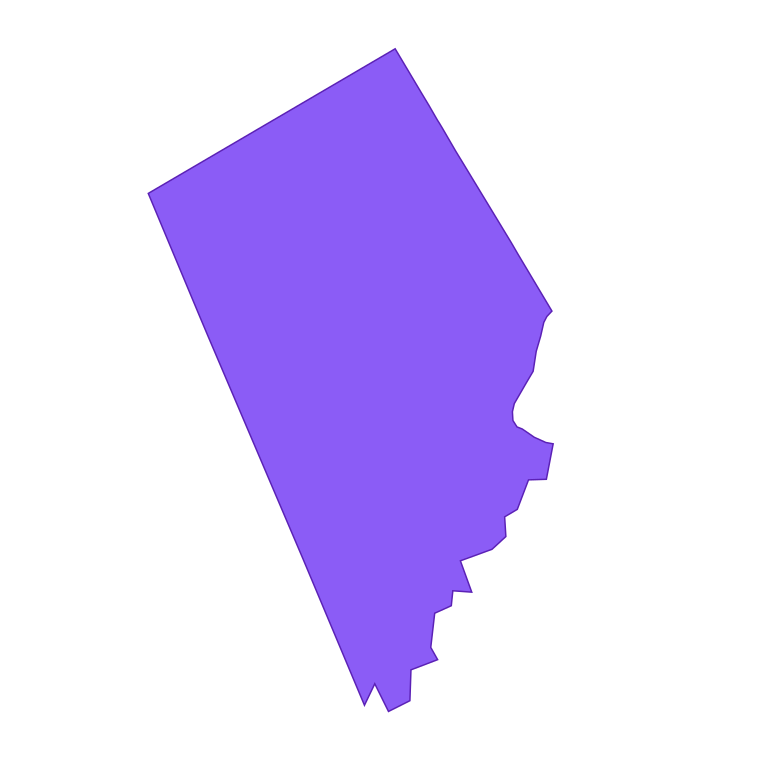 outline of Dearborn, Indiana, United States of America, rotated 329°
{"feature_id": "52423323B83355931672108", "entity_name": "Dearborn", "entity_type": "district", "adm_level": 2, "iso_a3": "USA", "parent_name": "United States of America", "parent_adm1": "Indiana", "projection": "equal_earth", "projection_center": [-84.939, 39.121], "detail": "fine", "context": "isolated", "style": "filled", "palette": "violet", "viewbox_px": 768, "rotation_deg": 329, "n_neighbors": 0, "source": "geoboundaries", "source_scale": "gbopen_adm2", "svg_char_len": 746}
<svg xmlns="http://www.w3.org/2000/svg" viewBox="0 0 768 768"><g transform="rotate(329 384 384)"><path d="M201.8,649.3L221.7,636.2L219.2,667.0L243.1,668.8L259.9,642.9L288.0,647.9L288.4,633.9L309.4,606.6L327.5,608.7L336.5,596.7L352.0,607.6L358.4,574.9L391.5,581.3L409.9,577.5L419.0,560.0L433.7,560.1L458.5,540.6L474.1,549.3L498.2,522.4L492.6,517.5L485.4,507.1L479.3,493.7L475.9,489.3L475.7,481.7L479.8,473.9L485.6,467.9L506.4,456.4L518.4,449.9L531.3,434.4L543.0,423.6L552.7,413.5L558.4,410.0L565.5,408.0L565.7,341.2L565.9,328.2L565.5,234.6L565.4,221.6L565.8,195.4L565.8,190.1L565.7,185.2L566.0,168.6L566.0,153.7L566.2,102.4L280.1,99.2L261.1,229.2L257.6,253.7L224.5,492.1L201.8,649.3Z" fill="#8b5cf6" stroke="#5b21b6" stroke-width="1.5"/></g></svg>